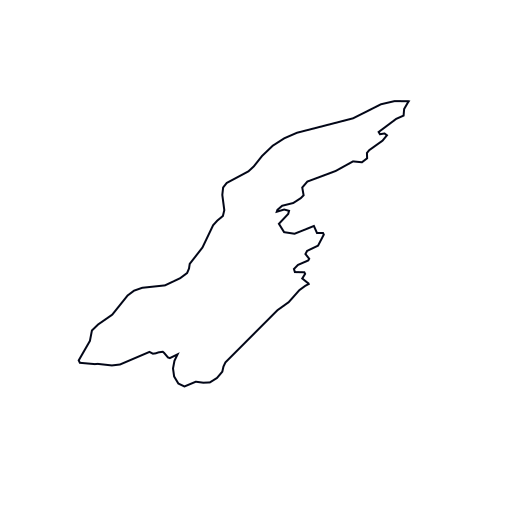 SVG path tracing the border of Fife, rotated 154°
{"feature_id": "GBR-2021", "entity_name": "Fife", "entity_type": "Unitary District", "adm_level": 1, "iso_a3": "GBR", "parent_name": "United Kingdom", "parent_adm1": "", "projection": "equal_earth", "projection_center": [-3.169, 56.241], "detail": "fine", "context": "isolated", "style": "outline", "palette": "ink", "viewbox_px": 512, "rotation_deg": 154, "n_neighbors": 0, "source": "natural_earth", "source_scale": "10m", "svg_char_len": 1473}
<svg xmlns="http://www.w3.org/2000/svg" viewBox="0 0 512 512"><g transform="rotate(154 256 256)"><path d="M220.9,207.7L224.7,207.6L232.0,206.3L246.8,200.2L260.4,197.9L330.1,173.8L333.7,170.9L337.0,166.8L344.5,163.5L352.9,162.6L358.9,165.2L365.2,169.4L377.5,170.1L381.7,175.4L382.4,183.6L379.9,191.3L375.2,197.6L369.6,202.0L378.2,202.0L379.6,203.4L381.1,209.3L381.8,210.8L385.8,212.1L388.9,212.5L391.5,213.4L393.8,216.5L425.8,218.1L433.5,220.8L445.5,228.4L448.3,229.5L461.1,237.2L461.1,239.9L442.5,252.5L436.1,261.0L427.8,263.7L410.9,266.3L388.7,276.8L380.8,278.3L372.2,277.3L350.7,269.5L333.9,269.3L325.4,270.9L321.7,274.1L319.0,278.0L300.4,287.1L281.0,302.5L275.2,304.8L268.2,306.5L264.4,311.1L259.5,325.7L255.5,332.0L250.3,334.5L225.7,335.4L218.7,337.5L206.6,343.3L192.6,347.8L178.9,349.4L165.1,348.8L108.4,337.2L77.2,337.6L63.7,334.5L51.3,328.4L50.9,328.1L52.3,327.3L58.4,323.2L61.8,317.5L69.9,317.8L91.4,313.7L91.2,311.1L86.8,309.8L85.4,307.1L91.7,304.2L107.8,301.5L111.1,300.0L113.3,295.1L119.7,293.8L127.3,298.5L147.2,297.5L177.2,300.4L184.4,297.3L186.6,289.7L190.3,288.4L199.3,287.3L210.5,289.7L216.5,288.1L217.9,286.7L210.3,285.4L206.5,282.1L208.6,279.7L221.3,274.9L220.3,265.1L211.6,259.1L190.8,257.6L191.1,249.9L185.7,247.3L185.7,245.5L195.7,238.1L207.8,238.2L210.7,236.1L209.4,230.2L211.0,229.1L222.2,229.6L227.6,227.7L228.1,224.5L219.7,220.2L219.7,218.4L224.3,215.5L221.8,210.2L220.9,208.5L220.9,207.7Z" fill="none" stroke="#020617" stroke-width="2"/></g></svg>